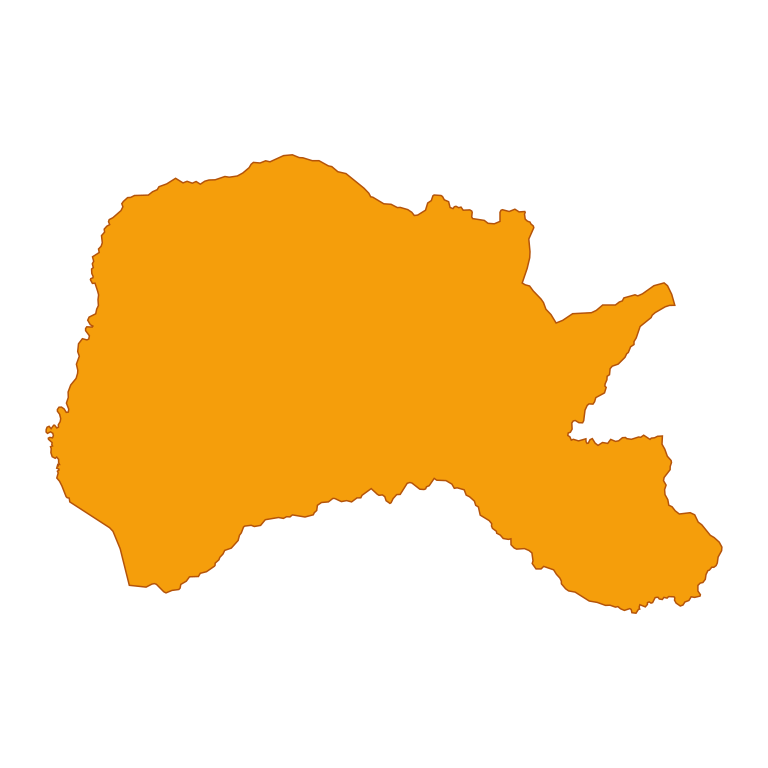 Pangua, Cotopaxi, Ecuador
{"feature_id": "8360857B45229230453028", "entity_name": "Pangua", "entity_type": "district", "adm_level": 2, "iso_a3": "ECU", "parent_name": "Ecuador", "parent_adm1": "Cotopaxi", "projection": "natural_earth1", "projection_center": [-79.148, -1.101], "detail": "fine", "context": "isolated", "style": "filled", "palette": "amber", "viewbox_px": 768, "rotation_deg": 0, "n_neighbors": 0, "source": "geoboundaries", "source_scale": "gbopen_adm2", "svg_char_len": 6032}
<svg xmlns="http://www.w3.org/2000/svg" viewBox="0 0 768 768"><path d="M718.1,557.1L721.6,550.7L721.9,547.1L719.2,542.1L714.2,537.6L710.3,535.3L701.8,524.8L698.2,522.1L694.7,514.8L690.2,512.7L679.3,514.0L675.2,510.8L672.1,506.8L668.8,505.2L667.8,499.7L665.0,494.6L664.6,489.6L666.1,485.1L663.5,480.7L664.1,477.5L670.1,469.7L670.2,466.4L671.5,462.5L671.1,460.5L667.3,456.2L664.8,449.2L662.0,444.2L662.4,436.0L657.5,436.3L654.5,437.8L651.3,438.1L650.0,439.4L643.7,435.2L640.7,437.3L638.6,437.0L631.4,439.3L626.7,438.6L625.5,437.5L622.4,437.7L618.7,440.8L615.5,441.4L610.7,439.4L607.7,443.4L602.5,442.5L598.0,445.4L595.1,443.1L592.3,438.6L590.0,439.7L588.3,443.1L587.0,443.4L586.0,441.6L585.9,438.8L578.5,440.9L573.3,439.3L571.3,440.1L569.8,436.7L567.8,435.5L568.2,433.0L570.4,432.2L572.1,429.1L571.8,423.0L573.3,420.9L575.3,420.5L578.9,422.7L582.6,422.8L583.7,420.7L585.0,410.2L587.2,405.4L589.0,403.9L593.0,404.1L594.6,401.7L595.8,397.6L604.5,392.9L606.2,387.4L604.9,386.1L605.1,383.9L606.9,379.8L607.1,376.3L609.5,374.7L610.1,368.7L612.2,366.2L618.2,364.1L625.0,357.3L626.7,353.7L628.3,352.5L630.6,346.8L634.0,344.5L634.0,341.6L636.2,338.0L640.1,326.5L651.1,317.6L652.2,315.2L655.2,312.6L665.2,306.8L669.5,305.4L674.8,305.3L671.7,294.3L667.5,285.7L664.1,282.9L653.9,285.7L642.5,293.8L637.8,295.9L635.0,294.8L623.9,297.9L622.3,300.9L619.3,302.0L615.4,305.0L602.7,305.0L596.3,310.4L591.4,312.7L572.6,313.7L562.6,320.4L556.1,323.0L551.0,314.6L545.9,309.2L543.5,302.6L541.0,299.0L533.2,290.9L529.6,286.0L525.2,284.8L522.2,283.0L527.2,268.3L529.7,257.8L530.0,251.7L528.8,239.0L533.8,227.7L533.3,226.0L530.9,223.9L530.0,222.1L527.5,221.2L525.2,219.1L524.5,214.1L525.2,212.4L524.8,211.5L519.1,211.9L514.9,209.2L509.2,211.5L502.4,209.7L501.0,210.3L500.0,212.3L500.0,221.4L494.3,223.8L488.0,223.3L484.3,220.4L472.7,218.6L471.7,217.0L472.2,212.3L471.7,211.0L469.8,209.9L463.2,210.2L461.0,207.1L458.7,207.7L456.0,206.3L454.4,206.7L453.0,208.6L450.1,207.5L448.6,201.7L444.3,199.8L442.5,196.5L441.0,195.5L434.1,195.0L432.9,195.8L431.3,200.6L427.7,203.0L425.5,210.2L417.6,215.1L414.3,215.5L411.8,212.3L407.8,209.6L400.2,207.4L397.4,207.6L391.1,204.3L383.8,203.8L372.8,197.2L370.7,196.8L368.8,193.2L364.0,188.2L346.0,173.6L337.8,171.7L331.8,166.6L328.4,165.9L319.0,160.7L312.3,160.7L302.9,157.8L299.2,157.6L292.4,154.8L283.6,155.6L270.0,161.8L265.6,160.8L260.1,163.0L253.4,162.4L251.1,164.3L249.1,167.7L242.8,173.0L237.3,176.0L229.2,177.2L224.9,176.5L215.2,179.8L209.0,180.0L204.8,181.2L200.3,184.2L196.1,181.5L192.3,183.2L187.1,181.3L183.0,182.9L175.6,178.3L166.7,183.9L159.0,186.7L157.2,189.7L152.6,191.7L148.3,195.1L134.5,195.5L130.7,197.4L127.6,197.6L123.4,201.4L121.8,203.7L122.9,206.8L121.0,210.6L112.9,217.7L109.2,219.6L108.5,221.7L109.7,224.6L106.8,226.2L104.2,229.1L104.6,232.1L101.5,235.6L102.3,242.8L101.1,246.3L98.5,249.0L99.2,252.5L92.5,256.8L93.7,261.3L92.3,263.8L93.3,267.6L91.6,269.0L91.6,269.9L91.8,273.5L93.1,276.4L92.9,277.8L90.8,278.6L90.4,279.7L92.4,283.4L95.0,283.2L97.7,291.4L98.6,294.9L98.0,299.7L98.4,305.6L96.7,309.1L95.7,313.8L89.1,317.1L87.7,320.2L90.3,324.7L92.9,326.1L92.2,327.1L86.8,326.8L85.6,328.5L85.6,330.7L89.4,335.8L88.7,339.1L86.9,339.9L82.4,338.7L78.5,343.8L77.7,351.6L79.3,356.2L76.4,364.2L77.8,370.3L77.6,373.3L76.1,378.4L70.7,385.0L68.1,392.0L68.3,397.5L66.4,403.1L68.7,409.1L68.3,412.1L66.3,412.4L64.1,408.9L61.5,407.1L59.0,407.2L57.4,409.5L57.4,411.2L59.6,414.2L60.7,418.6L60.2,421.6L58.3,424.8L58.5,427.1L56.8,428.0L54.6,425.2L53.7,425.2L51.1,428.7L49.1,426.3L47.1,427.2L46.2,429.5L46.1,432.0L47.5,433.4L50.5,431.8L52.8,433.3L53.4,435.7L52.5,437.8L49.7,437.4L48.3,438.2L48.5,439.3L52.1,442.6L51.8,444.6L52.5,445.9L50.5,446.7L51.2,448.6L50.9,452.7L52.2,456.7L55.2,458.3L56.7,457.1L58.6,459.4L58.6,462.5L59.5,464.4L58.4,464.3L58.3,465.4L57.7,464.8L56.7,468.2L58.8,469.0L59.0,470.0L57.4,471.2L58.2,472.9L56.8,478.0L59.5,481.2L61.9,485.9L66.1,496.6L67.2,497.7L69.2,498.1L69.8,501.9L109.6,527.7L113.0,531.3L120.2,548.8L129.3,585.3L146.1,587.1L151.9,584.1L154.4,583.6L156.4,584.3L163.8,591.8L166.0,592.9L172.0,590.4L178.8,589.5L180.1,588.1L180.8,584.4L186.3,581.2L189.5,576.8L198.4,576.5L200.3,573.3L206.5,571.7L214.3,566.3L215.0,565.5L215.2,563.1L218.9,559.8L219.8,557.4L223.0,554.0L224.7,550.4L231.3,548.1L238.1,540.5L239.5,535.2L241.3,532.9L243.5,527.1L244.7,526.1L251.2,525.3L254.3,526.5L260.6,525.4L265.3,519.7L278.5,517.5L283.4,518.4L286.6,516.7L290.0,516.9L292.4,514.9L305.0,517.0L313.3,514.8L314.3,512.7L316.7,510.5L317.4,505.3L321.5,502.5L328.4,501.9L332.9,498.4L334.8,498.5L341.4,501.6L346.6,500.6L351.6,501.9L357.0,497.9L360.8,497.8L362.0,495.3L371.2,488.6L377.2,494.2L379.0,495.3L382.4,494.9L384.8,496.7L386.1,500.7L389.9,503.4L391.1,502.7L393.1,498.6L396.7,494.6L400.2,494.4L407.2,483.3L409.8,482.5L411.9,483.0L419.8,489.2L424.0,489.5L425.6,488.9L426.5,486.8L429.2,485.7L434.2,478.4L436.7,480.2L446.0,480.6L451.9,484.1L454.3,488.3L457.2,487.8L464.2,489.8L466.2,495.1L469.6,496.8L474.4,501.1L475.7,505.3L478.4,507.0L480.2,515.1L489.2,520.6L491.7,523.7L491.5,526.0L492.5,528.4L496.4,531.3L496.7,533.2L500.3,535.1L503.2,538.5L508.5,539.4L510.9,538.8L511.0,544.7L514.1,547.9L516.6,549.1L524.5,548.6L529.0,550.5L531.9,552.9L533.0,560.8L532.2,563.5L536.0,568.9L541.1,568.9L543.7,566.4L553.6,569.8L556.5,574.4L559.9,578.1L561.3,581.0L561.4,583.8L565.6,588.8L568.6,590.9L575.1,592.1L589.2,601.0L597.2,602.4L605.5,605.4L610.0,605.2L615.4,607.1L617.9,606.6L620.6,608.8L624.4,610.4L629.8,608.6L631.2,609.5L631.9,612.7L636.0,613.2L638.5,609.3L639.7,609.1L639.2,607.0L639.9,604.7L645.3,606.9L647.4,604.5L647.5,602.6L649.2,601.9L651.0,603.1L652.6,602.6L655.1,597.7L656.0,597.4L658.0,597.3L659.3,599.0L662.3,599.5L663.9,597.4L667.1,598.1L668.6,596.6L674.0,596.8L674.8,597.9L674.5,600.2L676.1,603.1L680.3,606.0L683.0,605.0L684.9,602.0L688.9,600.5L691.2,596.8L694.6,597.4L700.0,596.1L700.4,594.7L697.9,591.0L697.9,585.4L700.2,583.1L702.9,582.5L705.3,579.3L706.0,574.6L707.9,570.6L709.4,570.1L711.8,567.2L713.8,567.3L716.1,565.6L717.3,563.0L718.1,557.1Z" fill="#f59e0b" stroke="#b45309" stroke-width="1.5"/></svg>